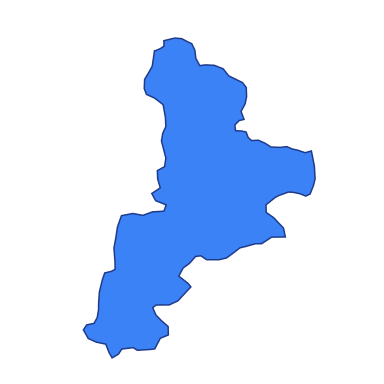 Gunwi-gun, North Gyeongsang, South Korea (Natural Earth projection), rotated 263°
{"feature_id": "91817680B30315657457409", "entity_name": "Gunwi-gun", "entity_type": "district", "adm_level": 2, "iso_a3": "KOR", "parent_name": "South Korea", "parent_adm1": "North Gyeongsang", "projection": "natural_earth1", "projection_center": [128.644, 36.164], "detail": "fine", "context": "isolated", "style": "filled", "palette": "blue", "viewbox_px": 384, "rotation_deg": 263, "n_neighbors": 0, "source": "geoboundaries", "source_scale": "gbopen_adm2", "svg_char_len": 1757}
<svg xmlns="http://www.w3.org/2000/svg" viewBox="0 0 384 384"><g transform="rotate(263 192 192)"><path d="M336.8,172.0L321.8,167.9L316.5,164.1L309.6,158.7L300.5,157.2L294.4,158.7L289.8,166.3L282.2,174.0L269.2,174.7L260.1,174.0L254.0,170.2L246.4,167.9L228.9,170.2L220.5,167.9L217.5,160.2L209.1,159.5L200.0,161.0L195.4,151.9L187.8,154.9L182.4,164.8L176.4,161.8L177.1,150.3L174.8,140.4L177.9,130.6L177.1,119.1L166.5,113.8L155.8,110.8L145.9,107.7L131.4,107.0L124.6,106.2L123.1,102.4L122.3,95.5L116.2,92.5L104.1,87.9L92.6,85.7L86.5,84.9L78.9,82.6L73.6,78.8L72.9,71.2L68.3,67.4L59.2,71.2L54.6,78.8L51.5,87.9L42.4,90.2L37.1,92.5L38.2,95.1L40.1,99.3L44.7,103.2L44.7,107.7L44.7,114.6L41.6,118.4L40.8,131.3L40.8,135.9L50.7,142.7L53.0,151.1L61.4,151.9L68.2,145.8L74.3,141.2L82.0,138.9L84.2,142.7L82.7,155.7L85.7,164.8L94.1,174.7L97.9,179.3L101.7,177.0L110.1,168.6L117.7,174.0L121.5,180.8L127.6,187.7L127.6,193.0L123.0,198.3L121.5,210.5L122.3,218.2L126.1,225.0L130.7,232.7L131.4,238.8L131.8,241.3L132.9,248.7L132.2,254.8L137.5,265.5L136.0,279.2L145.1,278.4L151.2,273.8L156.5,270.0L162.6,263.2L170.3,263.9L176.4,273.8L177.9,277.7L180.2,287.6L179.4,292.2L177.1,299.0L174.1,304.4L175.6,309.0L181.4,312.1L184.0,313.5L190.1,315.8L203.0,316.6L218.2,315.5L217.2,309.1L220.7,301.8L222.6,296.4L225.5,291.6L225.5,285.2L227.0,275.9L231.4,270.6L235.3,264.2L235.8,257.4L239.2,254.4L245.0,253.0L246.5,248.6L247.5,242.7L253.3,242.7L257.2,247.6L257.7,252.5L266.0,250.5L273.1,255.5L279.9,257.8L289.1,258.6L294.4,255.5L302.8,242.6L310.4,238.0L315.0,229.6L316.5,221.2L316.5,215.1L324.1,212.1L332.5,212.1L339.3,209.8L341.6,206.0L345.4,200.6L346.9,193.8L345.6,182.5L342.0,182.2L340.0,181.7L338.1,177.8L336.6,172.5L336.8,172.0Z" fill="#3b82f6" stroke="#1e3a8a" stroke-width="1.5"/></g></svg>